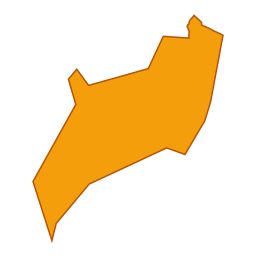 outline of Landri Sales, Piauí, Brazil
{"feature_id": "56859067B80048635644180", "entity_name": "Landri Sales", "entity_type": "district", "adm_level": 2, "iso_a3": "BRA", "parent_name": "Brazil", "parent_adm1": "Piauí", "projection": "equal_earth", "projection_center": [-43.866, -7.314], "detail": "fine", "context": "isolated", "style": "filled", "palette": "amber", "viewbox_px": 256, "rotation_deg": 0, "n_neighbors": 0, "source": "geoboundaries", "source_scale": "gbopen_adm2", "svg_char_len": 563}
<svg xmlns="http://www.w3.org/2000/svg" viewBox="0 0 256 256"><path d="M33.0,181.5L51.9,240.6L56.2,223.4L86.8,186.9L89.2,184.0L137.9,161.3L166.6,147.9L185.0,154.5L201.4,126.5L204.7,121.1L210.5,102.3L223.0,35.2L213.3,30.6L208.1,27.9L201.7,25.1L201.5,22.3L194.1,15.4L192.9,16.9L191.7,18.3L190.3,19.8L189.3,21.4L188.9,23.8L187.9,24.6L187.1,26.6L188.0,28.3L188.5,30.0L189.2,31.6L188.9,34.6L188.9,36.6L188.9,38.1L163.3,36.3L148.3,68.6L137.7,71.6L88.6,85.4L84.6,80.0L76.8,69.2L68.4,79.2L75.8,104.5L33.0,181.5Z" fill="#f59e0b" stroke="#b45309" stroke-width="1.5"/></svg>